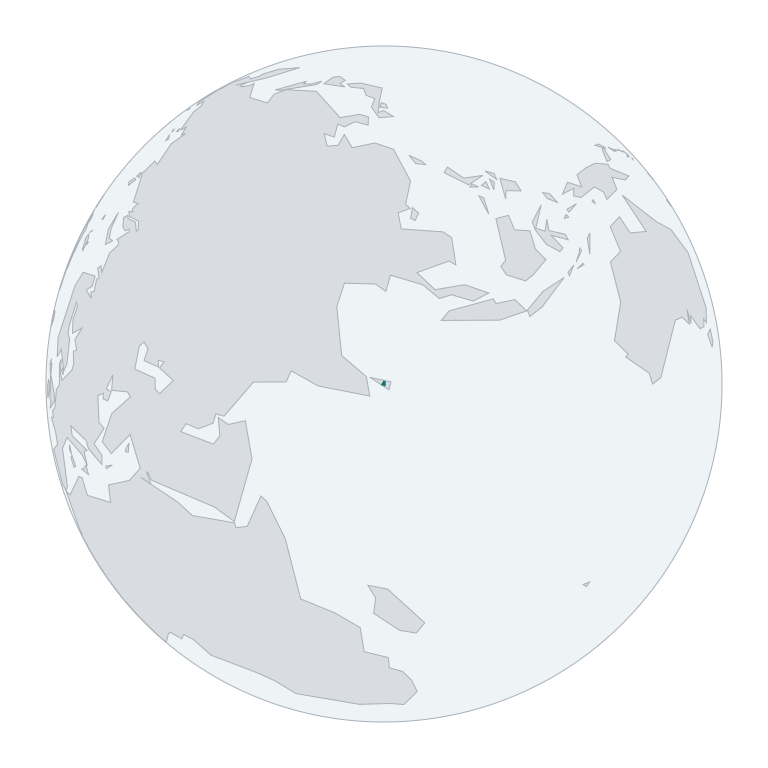 Mahanuvara highlighted on a globe, orthographic projection, rotated 306°
{"feature_id": "LKA-2448", "entity_name": "Mahanuvara", "entity_type": "District", "adm_level": 1, "iso_a3": "LKA", "parent_name": "Sri Lanka", "parent_adm1": "", "projection": "orthographic", "projection_center": [80.641, 7.216], "detail": "fine", "context": "on_globe", "style": "filled", "palette": "teal", "viewbox_px": 768, "rotation_deg": 306, "n_neighbors": 0, "source": "natural_earth", "source_scale": "10m", "svg_char_len": 9024}
<svg xmlns="http://www.w3.org/2000/svg" viewBox="0 0 768 768"><g transform="rotate(306 384 384)"><circle cx="384" cy="384" r="338" fill="#eef3f6" stroke="#a8b0b8"/><path d="M522.5,75.8L518.5,74.3L525.0,77.3L503.7,68.6L515.0,72.5L514.5,72.3L522.5,75.8ZM492.7,64.7L489.4,63.8L490.2,63.7L492.7,64.7ZM84.3,227.9L110.3,190.1L109.9,195.2L129.8,191.5L130.8,194.6L119.6,209.5L127.4,232.5L140.4,220.5L156.3,234.6L172.5,236.4L194.0,208.2L167.5,204.3L171.7,190.0L200.0,181.1L224.5,186.4L226.9,181.1L218.8,167.4L232.0,159.3L216.9,162.2L217.4,167.9L208.0,170.4L206.9,165.5L211.6,162.5L206.4,159.3L185.4,176.0L183.7,183.6L165.3,184.5L160.6,197.7L153.0,203.0L157.9,183.0L163.2,176.2L166.1,155.3L158.9,162.1L155.7,182.9L153.3,180.8L143.5,192.0L149.1,181.9L154.6,159.1L143.0,161.7L115.1,188.0L111.1,189.6L113.7,183.1L137.0,155.2L143.4,155.3L151.7,147.0L161.7,134.5L162.8,136.1L167.6,131.6L171.1,131.8L187.2,122.1L192.4,122.0L209.4,109.6L214.4,108.3L202.9,115.7L197.7,121.4L212.1,123.3L218.0,121.1L227.9,113.3L230.6,115.5L238.3,107.8L251.8,106.8L241.9,102.2L253.2,94.6L267.2,90.1L269.1,87.2L246.4,94.9L238.9,98.9L235.4,103.4L213.5,115.8L206.3,117.3L222.4,102.5L213.9,103.6L230.2,93.0L281.6,76.3L297.6,75.0L301.5,86.9L291.6,90.5L285.3,87.6L281.2,96.6L286.3,92.8L288.5,95.1L300.0,89.9L302.1,91.4L309.4,84.3L313.3,85.6L308.6,90.1L328.8,85.0L339.8,87.3L343.3,85.5L344.0,83.0L357.5,88.4L359.5,87.0L355.9,84.6L357.5,80.4L365.7,75.5L369.9,77.6L367.5,79.6L368.9,87.8L361.9,93.8L364.5,94.3L371.5,89.7L369.9,79.6L373.6,76.2L375.8,80.4L375.3,78.6L378.5,77.6L385.6,78.9L383.8,74.3L413.0,64.7L429.6,67.6L428.3,71.6L453.2,70.7L470.0,76.3L466.6,73.7L476.2,73.0L471.0,71.1L470.1,70.0L492.5,70.1L501.0,72.6L506.8,72.0L505.0,70.9L499.0,68.8L503.7,68.6L525.0,77.3L527.9,79.0L539.3,84.2L544.2,87.9L553.6,94.1L552.3,96.7L559.8,102.3L563.5,103.8L576.4,113.5L590.4,129.8L563.1,109.5L538.9,88.6L547.4,95.9L540.7,92.6L540.8,94.4L547.2,100.4L550.9,102.1L536.9,106.9L542.8,124.5L553.9,124.8L564.5,131.7L581.0,157.3L573.7,191.9L587.7,205.6L590.9,214.4L584.1,219.0L579.1,206.2L568.9,201.1L567.2,193.8L554.5,198.6L551.4,188.5L543.0,198.2L550.2,206.6L562.5,205.3L556.5,219.4L573.6,235.0L579.5,253.7L563.8,286.1L542.0,295.9L541.5,302.0L530.8,294.8L519.6,306.8L541.8,342.4L542.2,352.7L522.6,372.1L521.7,364.3L493.5,345.2L490.3,369.9L511.7,390.8L519.2,415.3L503.6,407.5L495.8,386.0L485.8,378.6L487.0,357.0L475.9,325.3L460.1,331.0L459.9,318.4L442.3,292.7L418.7,300.4L382.2,333.0L379.5,365.5L365.9,379.5L343.8,332.1L340.1,301.1L328.2,303.6L308.8,277.2L263.9,273.5L261.0,265.5L251.8,268.7L238.6,260.1L235.6,247.2L226.0,247.5L235.1,281.5L245.7,281.6L259.5,269.6L259.7,281.8L272.8,293.4L245.7,321.3L184.8,343.7L184.8,319.3L169.5,252.3L173.3,245.5L173.4,244.7L173.6,243.3L166.1,254.2L165.5,241.7L167.2,286.8L164.9,306.3L183.9,345.0L180.6,348.6L188.5,357.0L221.1,350.3L220.0,358.4L200.9,394.9L161.1,443.0L169.9,478.5L172.9,508.0L155.8,525.3L165.2,548.3L157.5,555.1L162.3,567.9L160.6,580.4L154.8,591.5L136.4,588.5L129.1,576.7L110.4,552.4L81.8,494.8L79.8,470.1L75.5,450.0L63.0,403.7L65.2,379.9L63.5,369.1L58.9,370.2L57.6,357.4L55.5,356.3L47.2,359.6L47.8,349.7L51.4,324.4L56.8,299.4L64.2,274.9L73.4,251.0L84.3,227.9ZM88.0,222.7L84.7,228.8L88.0,222.7ZM244.3,208.2L263.0,211.5L265.1,193.0L272.5,193.1L270.5,187.2L265.2,191.7L261.9,176.2L273.8,172.4L276.9,165.1L270.8,163.8L249.6,173.6L254.1,195.3L245.3,202.0L244.3,208.2ZM190.9,109.7L188.4,112.5L181.7,117.2L175.1,120.2L184.8,113.0L190.9,109.7ZM186.5,115.6L204.4,101.7L209.2,100.2L203.5,103.2L204.9,103.6L196.0,108.7L183.2,122.1L176.4,127.4L167.9,128.3L174.4,124.6L176.4,121.7L186.5,115.6ZM241.4,77.7L249.2,74.1L249.6,75.1L242.3,78.5L235.2,80.9L239.7,78.5L241.4,77.7ZM354.2,47.4L354.5,47.4L343.9,48.8L349.6,48.2L350.3,48.8L342.1,50.4L341.6,49.6L332.9,52.3L327.3,52.3L326.7,52.7L319.2,53.7L308.9,55.9L307.6,55.8L304.2,56.7L299.1,57.8L293.9,59.3L289.9,59.9L283.2,61.9L285.1,61.1L274.7,64.7L280.7,62.4L274.7,64.3L272.1,65.5L269.0,66.2L296.8,57.5L325.3,51.2L354.2,47.4ZM372.9,46.3L366.2,46.6L357.6,47.2L358.4,47.0L372.9,46.3ZM137.4,189.5L139.2,190.6L143.2,190.6L137.1,198.1L137.4,189.5ZM140.6,173.9L143.0,173.3L136.4,182.9L134.5,182.3L140.6,173.9ZM150.0,165.3L143.7,172.5L146.0,168.2L150.0,165.3ZM205.7,115.1L209.0,114.5L207.1,116.4L202.7,119.0L205.7,115.1ZM315.0,61.9L316.1,60.5L318.4,60.1L326.9,56.8L331.7,57.1L328.5,59.1L315.0,61.9ZM186.3,212.4L178.3,217.3L177.3,214.3L180.3,213.2L186.3,212.4ZM154.0,207.1L158.7,211.9L152.3,209.2L154.0,207.1ZM321.6,61.6L324.5,60.1L325.1,61.3L321.6,61.6ZM335.6,57.2L337.3,58.2L333.2,56.7L335.6,57.2ZM338.7,663.0L344.7,666.7L339.0,666.8L338.7,663.0ZM220.2,507.5L214.7,557.4L201.4,556.5L193.8,541.2L192.4,510.5L206.2,502.9L211.6,489.3L220.2,507.5ZM590.7,472.5L598.5,474.0L598.1,475.6L590.7,472.5ZM582.5,467.1L591.9,467.6L580.6,470.5L582.5,467.1ZM595.4,467.8L604.9,464.8L609.0,462.3L608.0,465.5L595.4,467.8ZM576.1,467.2L539.3,466.6L524.3,462.3L528.2,456.6L552.5,458.2L576.1,467.2ZM527.0,456.4L503.6,440.0L469.1,392.9L481.5,393.8L517.1,422.4L514.9,427.3L529.1,440.2L527.0,456.4ZM582.2,427.1L579.8,441.9L559.9,440.5L550.6,438.0L544.3,418.9L547.8,409.4L555.6,409.7L583.5,377.4L593.6,385.5L585.5,399.1L593.7,412.0L582.2,427.1ZM381.1,368.6L389.8,388.3L382.3,391.4L381.1,368.6ZM593.3,355.0L583.0,369.0L591.9,350.3L593.3,355.0ZM597.6,337.5L599.0,344.6L593.8,337.7L597.6,337.5ZM542.6,311.6L534.5,313.1L533.6,308.2L543.4,303.4L542.6,311.6ZM583.8,269.8L586.5,283.9L585.9,288.7L580.9,280.1L583.8,269.8ZM366.6,68.2L349.5,71.9L340.4,76.1L340.2,80.4L333.1,76.6L347.2,70.0L366.6,68.2ZM406.8,64.6L406.8,61.8L411.7,62.8L412.3,63.5L406.8,64.6ZM403.4,63.1L394.4,60.5L397.6,58.9L404.1,61.2L403.4,63.1ZM357.4,59.2L352.0,60.0L351.7,58.9L357.4,59.2ZM606.7,627.8L614.4,616.7L620.3,615.6L611.2,625.5L606.7,627.8ZM606.9,582.1L551.9,604.2L541.8,601.4L548.7,592.0L547.9,563.6L551.6,564.2L554.5,545.0L589.4,527.4L615.8,495.5L630.3,497.5L644.3,474.5L657.7,476.2L650.9,494.4L661.6,506.5L676.9,465.7L675.4,509.4L677.7,525.1L668.9,552.9L635.1,599.6L623.2,608.7L624.5,604.4L618.6,609.1L614.5,607.2L619.4,592.1L613.3,596.8L622.4,585.4L612.0,595.6L613.2,585.9L606.9,582.1ZM699.2,503.8L699.1,505.1L696.4,512.9L696.7,511.4L699.2,503.8ZM708.4,478.2L707.7,481.0L707.4,482.0L708.4,478.2ZM708.6,477.3L709.9,472.9L708.7,477.3L708.6,477.3ZM711.9,453.4L712.6,451.2L712.5,452.9L711.9,453.4ZM610.0,474.2L621.6,462.7L627.3,461.8L610.0,474.2ZM712.1,448.6L711.0,448.1L711.5,445.8L712.1,448.6ZM712.9,443.1L713.2,439.8L712.8,447.6L712.9,443.1ZM711.5,435.7L712.3,441.6L711.2,436.4L711.5,435.7ZM710.4,436.4L709.4,433.8L709.6,432.8L710.4,436.4ZM691.4,440.2L696.2,459.8L690.8,459.1L685.3,446.9L678.4,458.0L664.3,455.9L668.3,449.0L667.1,438.3L650.8,433.9L647.6,427.0L653.9,422.4L642.4,416.8L655.1,413.9L659.7,428.1L666.6,417.2L677.4,420.2L686.9,425.2L693.3,436.0L691.4,440.2ZM654.0,445.0L656.1,445.0L653.9,449.3L654.0,445.0ZM707.3,425.8L708.8,432.8L708.5,434.5L707.6,433.4L707.3,425.8ZM695.0,433.6L702.5,422.2L703.9,422.5L698.8,435.6L695.0,433.6ZM701.2,414.5L704.1,416.3L705.3,423.0L704.6,424.8L701.2,414.5ZM628.2,431.6L627.5,435.5L624.0,432.4L628.2,431.6ZM632.8,429.3L643.0,433.7L631.7,432.6L632.8,429.3ZM599.1,415.3L602.5,424.6L613.1,418.8L605.0,427.2L611.7,442.5L609.0,448.3L602.5,431.7L599.3,448.8L594.5,448.4L592.4,433.7L597.5,416.0L602.3,408.7L621.2,405.9L599.1,415.3ZM632.9,418.0L630.1,407.2L632.1,400.0L635.3,405.7L632.9,418.0ZM620.8,381.4L612.2,369.1L605.2,373.7L618.5,356.9L624.7,371.4L620.8,381.4ZM612.2,354.6L605.7,358.7L611.9,348.9L612.2,354.6ZM603.6,354.6L602.0,346.1L607.6,347.4L603.6,354.6ZM615.7,355.0L615.6,340.7L619.1,349.2L615.7,355.0ZM597.4,327.5L610.8,341.3L594.8,335.3L590.3,308.4L596.8,307.8L597.4,327.5ZM609.2,224.7L605.5,217.8L610.2,216.5L611.5,221.5L609.2,224.7ZM622.4,208.6L610.3,214.0L600.0,219.6L605.0,222.9L606.0,234.5L596.4,223.3L600.9,210.9L609.4,209.0L607.1,199.7L611.1,193.9L604.6,182.5L605.2,178.0L613.6,188.0L622.4,208.6ZM601.4,177.8L591.6,158.9L602.3,162.5L606.8,167.4L606.9,174.2L601.2,171.9L601.4,177.8ZM592.4,155.7L586.8,153.6L560.7,127.5L557.9,123.1L583.4,143.3L579.5,142.6L584.0,148.8L592.4,155.7ZM492.4,64.9L489.7,63.9L493.5,65.1L492.4,64.9ZM467.1,69.0L466.5,67.6L470.9,68.6L467.1,69.0ZM467.3,64.7L462.7,64.4L465.8,63.8L467.3,64.7ZM452.7,64.4L460.0,63.9L455.5,65.8L452.7,64.4Z" fill="#d9dde1" stroke="#a8b0b8" stroke-width="1"/><path d="M383.0,385.1L383.0,384.9L382.9,384.6L383.1,384.5L383.2,384.4L383.3,384.4L383.4,384.2L383.3,383.9L383.2,383.8L383.1,383.7L382.8,383.3L382.7,383.2L382.8,383.2L383.0,383.0L383.0,382.9L383.2,383.0L383.3,383.0L383.3,382.9L383.5,382.8L383.5,382.7L383.4,382.6L383.5,382.6L384.0,383.0L384.3,383.0L384.4,382.8L384.4,382.6L384.5,382.5L384.8,382.7L385.0,382.7L385.4,382.5L385.5,382.5L385.7,382.4L385.8,382.4L386.0,382.4L386.1,383.3L386.2,383.7L386.2,383.9L386.0,384.1L385.9,384.1L385.6,384.1L385.3,384.1L385.1,384.1L385.0,383.9L384.9,383.9L384.7,383.7L384.7,383.8L384.7,384.1L384.6,384.3L384.3,384.7L384.2,384.7L383.9,384.8L383.7,384.8L383.4,384.9L383.5,384.9L383.6,385.1L383.8,385.3L383.7,385.5L383.4,385.5L383.1,385.1L383.0,385.1Z" fill="#14b8a6" stroke="#0f766e" stroke-width="1.5"/></g></svg>